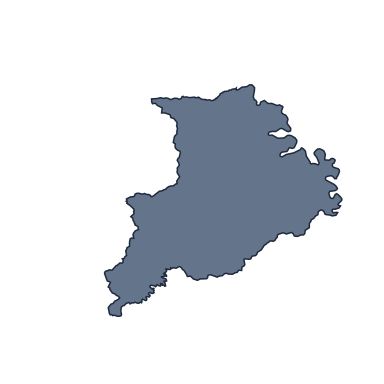 the district of Linakeng, Thaba-Tseka, Lesotho, rotated 146°
{"feature_id": "5366337B53729511602766", "entity_name": "Linakeng", "entity_type": "district", "adm_level": 2, "iso_a3": "LSO", "parent_name": "Lesotho", "parent_adm1": "Thaba-Tseka", "projection": "orthographic", "projection_center": [28.976, -29.679], "detail": "fine", "context": "isolated", "style": "filled", "palette": "slate", "viewbox_px": 384, "rotation_deg": 146, "n_neighbors": 0, "source": "geoboundaries", "source_scale": "gbopen_adm2", "svg_char_len": 5984}
<svg xmlns="http://www.w3.org/2000/svg" viewBox="0 0 384 384"><g transform="rotate(146 192 192)"><path d="M173.5,291.8L175.2,288.8L175.4,287.3L172.7,286.0L172.4,283.4L169.7,278.3L173.0,274.6L170.3,272.7L167.0,268.4L167.2,267.2L167.9,265.9L167.6,265.0L166.0,263.2L165.5,258.1L166.9,256.1L167.7,255.6L168.5,252.8L170.9,250.5L171.8,248.7L175.4,247.9L179.9,243.5L179.0,241.3L180.6,239.2L181.2,237.4L180.5,234.5L179.2,232.7L179.7,231.1L183.3,227.8L184.9,227.6L186.4,226.7L186.7,226.0L186.5,224.7L187.5,221.3L190.9,220.1L191.6,218.6L193.1,217.1L193.6,215.7L193.7,211.6L198.6,209.5L199.7,207.2L200.8,207.7L204.3,207.6L206.1,208.8L208.3,209.5L211.4,209.4L212.1,208.9L214.5,209.7L216.0,209.6L218.6,210.9L226.9,210.3L228.5,210.9L228.4,212.4L229.1,213.9L231.1,215.5L232.3,217.4L234.3,217.9L236.8,220.7L238.4,221.7L240.2,222.1L242.1,220.8L242.9,220.8L245.7,222.3L250.3,222.9L250.4,221.6L251.1,221.0L251.7,221.1L251.3,219.8L252.4,219.1L250.9,215.5L249.8,210.4L250.5,208.8L251.3,208.5L252.2,206.4L256.5,205.8L255.8,203.4L256.8,201.1L256.6,200.1L257.3,197.9L257.0,197.1L257.7,196.6L256.2,193.8L257.3,190.8L260.6,191.5L263.1,190.8L264.8,189.6L266.2,186.2L268.0,187.7L269.5,187.7L271.9,185.3L274.0,182.1L277.2,182.1L278.2,181.1L279.8,180.3L281.8,175.9L283.5,176.0L285.4,174.9L287.1,175.6L287.1,174.0L288.8,172.2L289.5,172.1L291.6,173.5L295.1,173.0L296.0,173.4L302.0,171.9L304.3,173.9L305.2,173.7L308.2,174.7L309.6,173.9L310.1,173.3L311.9,166.1L311.9,165.5L310.3,163.4L310.2,162.7L314.6,160.1L313.9,158.4L314.6,157.0L314.5,152.8L313.1,151.0L312.4,148.4L311.5,147.2L311.2,144.7L312.9,144.2L317.3,144.7L319.6,143.7L321.8,144.3L326.0,143.1L328.4,137.6L328.5,135.9L327.1,135.2L326.8,133.8L324.9,133.1L323.8,131.1L321.5,129.5L320.1,129.1L318.9,129.9L317.7,132.9L315.2,136.0L313.0,136.4L311.7,135.8L308.8,136.4L306.0,135.7L306.0,134.0L305.5,133.7L304.2,133.9L302.3,132.6L300.9,132.5L299.7,130.7L298.3,129.5L296.6,129.6L295.8,128.4L294.8,129.0L294.2,130.5L292.8,130.7L291.2,128.0L290.4,127.7L289.2,128.6L289.2,130.2L288.7,130.7L287.6,130.4L286.3,128.9L284.9,129.3L284.6,129.8L285.1,131.8L284.2,132.4L283.0,132.2L282.5,130.9L281.4,129.9L279.8,129.7L279.6,130.8L278.4,131.7L278.8,132.8L277.6,133.2L277.8,133.8L279.3,134.2L279.8,135.8L279.9,137.0L278.5,137.9L275.8,135.5L275.4,134.0L274.8,133.8L273.4,134.7L272.6,134.7L272.4,133.4L270.8,131.7L269.9,132.4L269.4,133.5L268.9,133.5L268.1,132.4L268.8,131.3L267.3,130.1L267.3,129.2L266.4,128.9L265.1,132.1L265.4,133.5L264.9,133.7L262.9,132.4L262.4,133.1L262.3,134.8L263.8,136.4L264.9,138.6L264.6,138.8L262.5,137.6L261.1,137.7L260.7,136.5L260.2,136.4L259.8,137.1L259.9,139.3L260.2,139.6L261.2,139.4L261.0,140.3L257.8,140.3L256.7,141.4L256.9,142.8L256.5,142.9L255.5,141.5L253.3,139.9L252.5,140.0L252.0,141.0L251.2,140.0L249.6,139.4L247.7,137.7L244.6,137.4L243.8,136.9L243.1,135.1L243.2,133.1L242.5,131.5L242.6,126.8L243.1,124.6L240.2,122.9L239.5,119.1L236.8,115.7L233.8,115.3L228.3,111.9L226.8,112.4L225.5,113.9L224.3,113.7L222.8,112.9L218.6,107.2L217.2,107.4L213.7,105.7L210.7,106.1L208.7,105.2L207.6,103.5L204.2,101.1L201.6,101.0L199.4,100.1L197.1,101.0L194.7,99.2L192.6,101.9L190.4,101.6L188.8,102.3L186.7,107.0L186.2,107.1L185.1,106.7L182.3,104.3L180.8,103.7L178.2,105.2L174.8,103.8L173.2,104.1L171.5,105.4L166.9,105.3L161.6,107.5L160.0,107.2L158.7,107.7L156.8,107.4L154.6,107.8L152.1,105.7L150.3,105.5L148.4,106.5L146.6,106.8L145.7,108.1L144.5,108.7L139.3,107.3L137.2,104.4L132.3,102.9L131.4,100.9L131.8,98.4L131.4,97.9L129.2,96.1L125.6,95.5L123.9,94.2L122.0,94.3L119.5,96.9L114.7,96.8L112.3,100.3L109.6,101.3L109.0,102.3L105.8,102.0L103.1,103.0L100.4,102.8L98.2,105.1L95.3,105.1L94.8,104.9L93.9,103.2L93.5,101.7L94.2,99.6L93.6,98.4L90.4,95.6L89.2,93.8L85.7,92.2L82.7,93.5L83.6,94.4L86.4,95.7L86.5,97.7L85.7,98.9L84.6,98.8L83.1,97.7L78.9,96.5L76.6,97.5L78.0,99.1L78.0,99.8L77.3,100.5L73.0,101.2L72.1,101.7L71.7,102.3L71.6,104.3L72.3,108.1L73.0,109.7L74.6,109.9L78.4,107.8L80.1,108.8L80.5,110.6L79.3,114.4L77.5,115.5L72.5,113.1L70.6,113.0L69.4,113.7L69.3,116.3L69.9,118.8L74.2,126.9L74.0,128.5L73.2,129.2L72.3,129.5L70.4,129.1L67.4,127.6L66.5,126.0L66.2,123.1L64.7,122.3L64.1,123.3L62.5,123.7L58.5,126.3L57.6,128.0L57.8,129.5L60.9,133.4L61.1,134.9L60.4,136.3L59.6,136.7L58.1,136.5L55.8,138.0L55.5,138.8L56.0,140.4L57.2,141.6L58.1,141.9L60.2,141.5L63.8,144.2L63.7,144.9L60.4,148.7L59.7,152.0L60.2,153.6L61.9,156.3L64.0,157.4L67.1,156.9L68.9,156.1L69.5,154.9L69.2,150.9L70.4,145.0L71.2,144.3L72.4,144.0L73.9,146.4L75.8,148.0L77.6,148.7L77.9,149.3L77.3,150.9L77.2,157.5L75.1,162.6L75.6,165.6L76.3,167.2L77.0,167.3L78.3,166.5L85.9,167.6L92.9,170.4L97.5,170.7L98.4,171.5L98.8,172.4L98.6,173.3L96.9,174.6L95.1,174.7L90.8,172.6L89.8,172.7L86.9,174.3L86.3,174.2L84.6,172.1L82.5,171.6L77.7,174.4L76.2,176.2L76.3,179.3L78.1,183.0L78.8,183.9L80.3,185.1L81.4,185.5L85.4,185.3L90.8,188.6L93.7,194.4L96.1,195.7L96.6,196.6L95.9,197.9L94.3,198.4L91.3,197.2L88.8,195.3L83.4,195.2L81.8,194.3L79.2,189.0L78.4,188.1L76.2,187.5L74.5,189.6L74.8,195.4L74.5,196.3L71.8,198.6L71.3,200.3L71.3,203.2L72.8,205.6L73.4,207.5L72.2,209.4L69.2,211.5L69.0,212.5L69.8,213.2L70.6,215.2L73.2,216.2L76.3,220.8L79.5,222.9L80.8,227.4L84.9,228.1L86.8,226.5L87.6,226.5L88.5,226.7L89.6,228.0L89.3,229.1L88.0,230.0L87.9,232.5L88.7,233.6L88.0,236.6L83.4,241.3L81.8,243.5L82.2,247.0L84.1,248.6L87.7,248.7L92.0,251.0L95.8,250.9L97.4,251.3L98.3,252.2L97.2,253.4L98.3,253.3L101.3,254.8L102.6,254.6L104.1,255.7L105.6,255.4L109.0,257.3L110.5,257.2L111.0,257.6L112.1,257.3L113.6,257.7L115.2,256.6L117.1,256.5L118.7,255.8L119.2,256.4L119.8,256.3L120.6,255.5L121.8,256.3L122.5,255.9L124.5,256.6L125.9,258.6L128.3,259.9L128.6,260.5L129.2,260.7L129.1,261.2L131.5,262.8L132.8,264.7L133.1,266.2L133.7,266.4L133.9,267.2L134.6,267.1L136.7,268.6L136.8,269.2L141.4,271.7L143.5,274.0L145.2,274.8L146.0,275.9L146.0,276.4L146.9,276.6L148.5,275.5L151.1,276.2L151.8,277.8L154.0,279.5L158.0,280.5L159.4,283.0L161.0,284.6L163.1,285.4L165.4,287.8L168.5,288.9L173.5,291.8Z" fill="#64748b" stroke="#1e293b" stroke-width="1.5"/></g></svg>